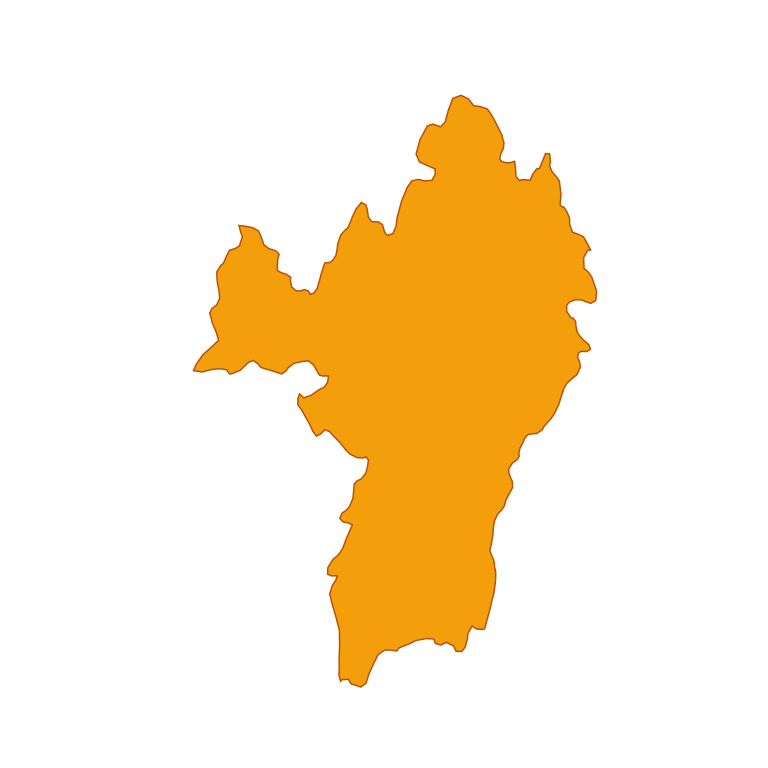 the district of Novogrudok, Grodno, Belarus, rotated 105°
{"feature_id": "67162791B21439902878143", "entity_name": "Novogrudok", "entity_type": "district", "adm_level": 2, "iso_a3": "BLR", "parent_name": "Belarus", "parent_adm1": "Grodno", "projection": "robinson", "projection_center": [25.854, 53.617], "detail": "fine", "context": "isolated", "style": "filled", "palette": "amber", "viewbox_px": 768, "rotation_deg": 105, "n_neighbors": 0, "source": "geoboundaries", "source_scale": "gbopen_adm2", "svg_char_len": 4171}
<svg xmlns="http://www.w3.org/2000/svg" viewBox="0 0 768 768"><g transform="rotate(105 384 384)"><path d="M201.1,219.1L195.4,224.3L190.2,229.4L189.1,235.3L188.6,241.2L181.9,245.9L175.6,247.8L171.0,251.4L166.8,255.7L166.1,260.1L161.7,260.9L155.1,262.1L142.5,267.2L138.9,271.4L135.9,276.2L130.9,280.3L125.6,281.0L118.9,283.5L119.6,287.6L129.2,288.8L135.5,289.6L136.8,292.3L142.8,294.6L149.4,295.6L150.4,302.4L152.4,305.9L149.4,310.2L143.4,312.2L135.1,315.5L136.5,317.5L138.2,321.0L138.7,324.7L138.7,327.6L136.8,330.5L131.9,330.8L125.4,329.7L119.8,330.6L116.7,332.6L112.9,334.6L107.5,339.4L99.6,346.5L93.6,352.8L91.6,355.6L91.1,363.1L92.0,369.4L86.8,376.2L85.2,384.4L90.4,391.5L103.3,392.7L115.2,392.7L120.9,395.9L120.4,404.2L123.5,408.9L138.5,412.5L153.6,412.5L160.3,407.3L161.9,398.2L162.9,390.4L168.1,388.8L174.9,390.4L177.4,397.5L177.4,403.4L180.5,409.7L188.3,412.5L203.3,414.4L219.4,414.4L228.8,413.2L236.5,414.4L239.6,419.2L237.4,422.5L230.5,426.8L228.8,431.3L230.4,437.7L227.1,442.2L219.5,445.5L215.8,447.8L214.5,452.8L222.5,456.4L231.4,457.9L238.7,458.7L242.0,459.2L246.0,461.7L251.0,464.2L260.6,465.0L265.6,464.2L272.3,463.7L277.6,465.5L280.5,467.5L282.5,472.6L292.5,473.1L301.8,473.1L309.1,473.3L314.4,475.4L316.4,478.4L313.7,481.2L313.4,485.5L315.7,488.5L316.7,493.1L314.1,498.4L308.4,501.2L305.1,501.7L303.1,507.5L303.1,511.6L302.1,516.1L298.8,517.4L291.1,518.9L285.8,518.9L283.6,522.4L283.1,526.3L283.1,530.3L280.5,536.2L273.8,540.6L268.6,545.0L267.0,551.3L267.5,558.4L268.4,565.1L274.1,561.9L278.4,558.9L288.0,559.4L291.6,562.7L294.8,567.9L301.6,569.3L309.1,570.4L311.6,572.3L318.8,574.5L324.9,572.8L330.6,570.6L335.6,567.9L343.8,564.9L351.0,566.0L355.7,569.8L361.0,570.6L363.9,568.7L369.3,565.7L377.8,559.2L384.6,555.1L393.9,560.8L402.5,566.5L413.3,570.4L420.4,571.5L419.4,562.5L415.1,555.2L412.7,549.4L411.4,544.8L411.1,539.7L414.4,535.7L412.7,532.6L408.1,526.5L398.1,520.4L395.1,516.4L397.1,511.1L399.8,507.3L400.1,502.5L400.1,497.4L400.8,485.5L396.8,482.0L393.2,480.8L387.5,476.5L383.8,469.7L381.2,463.0L383.8,457.1L388.5,452.3L392.1,448.8L392.1,445.2L390.6,439.7L396.8,438.9L402.5,440.9L406.6,445.6L413.9,451.6L418.1,457.9L417.0,459.9L415.5,463.0L420.1,463.4L426.4,461.8L430.5,456.7L434.7,452.7L441.9,445.6L448.1,440.5L451.8,435.8L448.6,432.2L443.5,429.4L444.0,424.3L448.1,418.0L452.3,410.9L457.9,403.4L460.5,398.6L462.1,391.1L461.0,385.2L459.0,382.5L461.6,379.3L468.8,378.5L475.0,378.5L481.3,381.3L484.9,385.2L488.5,386.8L495.3,385.6L502.5,384.4L511.3,385.6L515.5,387.6L519.6,391.1L525.3,391.9L527.9,387.6L527.4,382.9L528.4,378.1L535.7,379.3L544.5,380.5L553.3,381.3L561.1,384.0L566.8,388.0L576.1,390.7L582.4,389.2L582.9,384.8L581.3,379.7L586.0,379.7L591.7,381.7L601.0,382.1L610.3,376.9L621.8,369.9L633.5,363.3L648.4,359.1L661.1,356.2L670.4,353.6L676.8,352.2L682.4,349.0L680.6,348.1L678.4,342.1L682.3,337.9L682.3,333.2L682.8,328.1L677.8,323.9L667.7,323.5L655.5,321.4L647.1,319.7L640.9,314.6L639.2,308.7L638.7,302.7L634.8,301.0L628.0,291.7L623.6,287.0L619.1,277.7L617.4,270.1L621.3,267.2L621.3,261.2L617.4,257.0L618.5,251.9L619.0,249.0L623.5,245.2L622.3,239.7L617.3,237.5L608.4,237.5L603.4,238.4L595.0,236.3L596.7,231.2L595.5,224.9L594.2,223.4L581.2,223.4L572.9,223.4L565.3,223.7L558.3,223.7L551.7,224.4L544.8,225.4L536.8,227.4L532.8,229.5L527.5,231.5L523.6,234.0L520.6,236.5L517.3,238.8L512.6,238.8L501.4,239.8L496.7,240.8L492.1,241.5L487.1,241.8L480.2,240.5L475.2,237.7L470.6,236.2L464.9,236.2L460.0,235.2L450.7,233.0L445.1,234.7L442.1,237.2L437.4,240.5L433.5,241.5L427.2,239.5L422.9,236.0L419.2,234.7L414.9,236.0L410.9,236.0L404.0,234.5L400.7,234.2L395.7,232.0L393.7,227.9L392.4,223.7L387.4,219.4L383.4,218.4L379.5,216.4L374.2,213.6L367.5,211.6L358.6,209.9L351.3,209.6L342.0,209.1L336.1,207.6L329.8,203.6L325.1,200.1L316.5,198.6L312.6,200.6L307.6,204.1L303.6,204.1L301.6,202.3L300.0,196.3L297.0,193.5L293.0,196.3L290.0,202.6L287.0,207.3L284.1,210.6L278.4,213.6L274.1,215.1L271.5,218.1L271.5,220.7L266.8,226.2L260.9,227.9L256.9,226.2L253.2,221.2L251.6,215.1L252.3,210.1L252.6,205.1L248.6,201.1L239.4,202.6L233.1,206.8L227.1,210.9L223.1,215.4L220.5,220.7L210.5,223.9L202.2,221.9L201.1,219.1Z" fill="#f59e0b" stroke="#b45309" stroke-width="1.5"/></g></svg>